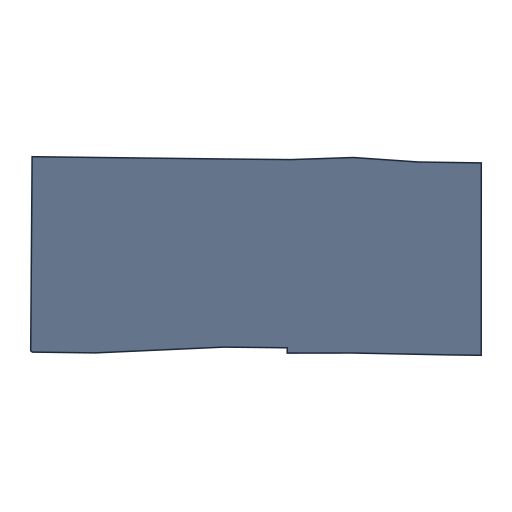 outline of Poinsett, Arkansas, United States of America
{"feature_id": "52423323B19097717333078", "entity_name": "Poinsett", "entity_type": "district", "adm_level": 2, "iso_a3": "USA", "parent_name": "United States of America", "parent_adm1": "Arkansas", "projection": "mercator", "projection_center": [-90.606, 35.574], "detail": "fine", "context": "isolated", "style": "filled", "palette": "slate", "viewbox_px": 512, "rotation_deg": 0, "n_neighbors": 0, "source": "geoboundaries", "source_scale": "gbopen_adm2", "svg_char_len": 356}
<svg xmlns="http://www.w3.org/2000/svg" viewBox="0 0 512 512"><path d="M352.1,353.0L448.9,354.9L481.2,355.3L481.2,281.6L481.2,275.4L481.3,162.9L418.4,162.0L353.2,157.5L290.9,159.6L225.8,159.0L32.1,156.7L30.7,350.8L32.4,352.1L95.4,352.9L159.7,350.0L224.2,347.1L287.3,347.8L287.2,353.1L352.1,353.0Z" fill="#64748b" stroke="#1e293b" stroke-width="1.5"/></svg>